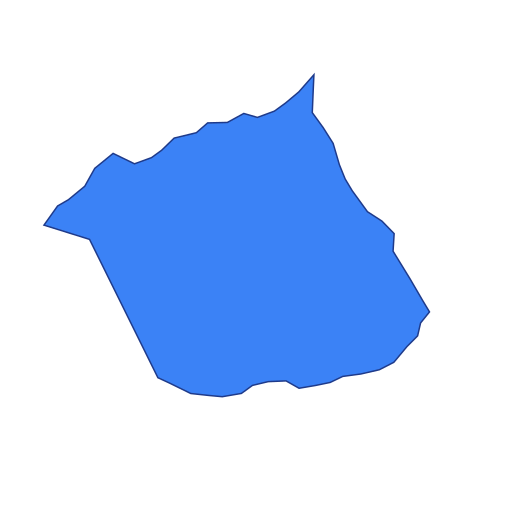 Sysklipos, Cyprus (orthographic projection), rotated 234°
{"feature_id": "46923920B59852999590656", "entity_name": "Sysklipos", "entity_type": "district", "adm_level": 2, "iso_a3": "CYP", "parent_name": "Cyprus", "parent_adm1": "", "projection": "orthographic", "projection_center": [33.179, 35.296], "detail": "fine", "context": "isolated", "style": "filled", "palette": "blue", "viewbox_px": 512, "rotation_deg": 234, "n_neighbors": 0, "source": "geoboundaries", "source_scale": "gbopen_adm2", "svg_char_len": 826}
<svg xmlns="http://www.w3.org/2000/svg" viewBox="0 0 512 512"><g transform="rotate(234 256 256)"><path d="M368.6,409.4L363.6,387.1L362.4,369.7L362.4,356.0L367.3,338.6L378.5,329.9L380.9,311.3L392.1,295.1L390.8,280.2L399.5,259.1L397.0,241.7L397.0,229.3L402.0,211.9L423.0,200.7L421.7,177.1L413.1,158.5L411.8,137.3L413.1,124.9L405.6,102.6L367.3,131.1L215.2,105.1L204.1,111.3L183.1,122.4L170.7,136.1L162.0,146.0L153.4,163.4L153.4,177.1L147.2,192.0L137.3,206.9L123.7,213.1L116.3,228.0L110.1,241.7L107.6,255.4L98.9,271.5L91.5,288.9L89.0,305.1L94.0,324.9L96.4,339.8L105.1,349.8L108.8,363.5L122.4,364.7L147.1,367.2L179.3,369.7L192.9,380.9L210.2,378.4L226.3,372.2L239.9,372.2L252.3,372.2L265.9,373.4L280.8,377.1L301.8,384.6L320.3,385.8L338.9,385.8L356.2,399.5L368.6,409.4Z" fill="#3b82f6" stroke="#1e3a8a" stroke-width="1.5"/></g></svg>